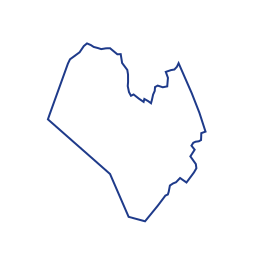 Maraial, Pernambuco, Brazil (Equal Earth projection), rotated 160°
{"feature_id": "56859067B76593573663300", "entity_name": "Maraial", "entity_type": "district", "adm_level": 2, "iso_a3": "BRA", "parent_name": "Brazil", "parent_adm1": "Pernambuco", "projection": "equal_earth", "projection_center": [-35.787, -8.834], "detail": "fine", "context": "isolated", "style": "outline", "palette": "blue", "viewbox_px": 256, "rotation_deg": 160, "n_neighbors": 0, "source": "geoboundaries", "source_scale": "gbopen_adm2", "svg_char_len": 981}
<svg xmlns="http://www.w3.org/2000/svg" viewBox="0 0 256 256"><g transform="rotate(160 128 128)"><path d="M116.0,51.7L113.3,51.9L111.6,54.1L108.3,59.6L104.6,60.5L101.4,60.6L96.2,63.2L91.7,56.8L83.9,61.9L81.2,63.7L77.5,66.8L76.6,70.9L79.1,80.0L72.8,84.8L74.4,89.7L71.7,91.8L69.2,92.0L66.0,91.3L63.5,91.7L62.2,94.8L60.9,98.1L56.4,98.1L55.7,117.8L56.2,138.8L58.3,171.6L61.1,168.8L64.4,167.1L67.8,167.7L73.3,167.8L73.3,161.5L76.9,153.7L81.4,154.4L85.6,157.7L88.6,157.2L90.2,153.7L93.0,150.8L95.6,146.7L97.9,143.4L99.9,146.4L102.7,149.7L104.4,147.2L107.7,151.8L111.3,157.6L114.2,157.3L114.8,161.4L113.9,167.5L112.2,171.2L109.7,178.2L108.8,182.8L111.3,191.1L109.6,199.9L112.8,200.9L117.6,209.1L121.4,210.4L126.2,211.3L128.9,213.4L132.5,215.9L134.6,218.7L137.6,221.5L141.5,220.1L147.6,215.7L159.0,212.4L162.4,209.1L196.9,167.7L200.3,163.5L184.0,133.7L174.2,115.8L160.6,90.9L157.8,44.3L143.9,34.5L126.6,44.8L119.2,49.6L116.0,51.7Z" fill="none" stroke="#1e3a8a" stroke-width="2"/></g></svg>